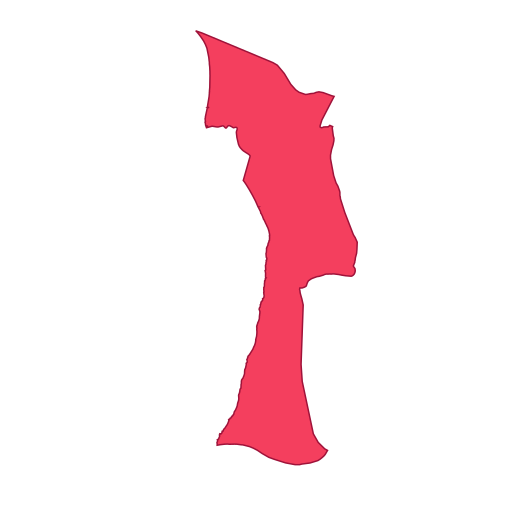 Khanfar, Abyan, Yemen, rotated 110°
{"feature_id": "15242507B88266569428979", "entity_name": "Khanfar", "entity_type": "district", "adm_level": 2, "iso_a3": "YEM", "parent_name": "Yemen", "parent_adm1": "Abyan", "projection": "robinson", "projection_center": [45.813, 13.334], "detail": "fine", "context": "isolated", "style": "filled", "palette": "rose", "viewbox_px": 512, "rotation_deg": 110, "n_neighbors": 0, "source": "geoboundaries", "source_scale": "gbopen_adm2", "svg_char_len": 5924}
<svg xmlns="http://www.w3.org/2000/svg" viewBox="0 0 512 512"><g transform="rotate(110 256 256)"><path d="M189.4,293.8L190.3,292.3L192.5,289.3L196.0,284.9L200.1,280.1L204.4,275.4L207.2,272.7L209.1,270.9L209.0,270.4L209.2,270.6L209.4,270.5L212.7,267.0L214.2,266.1L214.4,265.6L216.4,263.5L217.9,262.3L218.2,261.9L218.8,261.6L219.0,261.1L220.9,259.1L221.9,258.2L223.6,256.3L223.8,256.3L224.1,256.0L224.2,255.8L225.9,254.1L228.3,252.3L230.9,250.7L232.1,250.2L232.3,250.1L232.5,250.3L233.6,249.7L236.7,248.7L237.2,249.0L237.8,248.8L239.2,248.8L240.0,248.9L242.1,248.5L243.1,248.7L244.6,248.8L245.1,248.6L245.3,248.7L245.4,248.9L245.3,248.7L245.6,248.7L246.3,248.3L249.1,247.5L250.1,247.5L251.1,247.1L253.7,245.9L253.8,245.6L254.4,245.1L255.2,244.7L255.4,244.9L255.8,245.1L255.9,245.3L255.9,245.1L256.2,244.9L256.3,245.1L256.3,244.9L256.5,244.7L256.7,244.9L257.4,244.4L257.6,244.5L259.0,244.3L260.2,243.9L261.6,243.9L265.8,242.1L266.5,242.5L268.9,241.1L271.9,240.1L273.0,239.5L273.6,239.3L273.8,239.5L274.0,239.3L273.9,239.2L274.6,239.3L275.9,239.1L276.3,239.4L276.8,239.3L276.9,239.1L279.2,238.6L281.4,237.8L282.6,237.7L282.8,237.9L283.4,237.8L284.1,237.4L284.8,237.3L286.8,236.3L287.1,236.4L287.4,236.2L287.6,236.3L288.0,236.1L288.5,235.8L288.9,235.7L290.4,234.8L290.9,234.7L292.4,234.4L293.3,234.7L293.4,234.9L293.9,235.2L294.2,235.0L295.1,234.7L295.7,234.7L296.1,235.0L297.2,235.2L297.3,235.4L297.5,235.5L299.0,235.2L300.0,235.1L300.2,235.3L300.4,235.3L301.2,234.9L302.2,234.8L302.9,234.7L303.4,235.0L304.9,234.9L306.9,233.3L308.5,232.8L309.7,232.6L310.5,232.3L311.2,232.3L311.9,232.0L314.0,231.4L316.8,231.3L317.0,231.4L318.3,231.5L318.4,231.4L320.1,231.4L320.6,231.2L320.9,231.4L321.5,231.2L322.0,231.2L322.5,231.1L323.0,230.7L323.6,230.4L324.2,230.4L326.9,229.2L328.8,228.6L331.2,228.0L333.2,227.8L335.0,227.6L335.5,227.3L337.8,226.9L339.4,226.8L340.7,226.8L342.2,227.0L344.8,227.1L349.5,228.1L350.0,228.1L350.4,228.4L351.1,228.4L352.4,229.1L353.7,229.1L353.8,229.2L354.1,229.0L354.6,229.1L355.0,229.0L356.1,229.0L356.3,229.2L357.2,228.7L357.6,228.4L358.7,228.0L359.1,228.0L360.0,228.5L360.4,228.3L360.6,228.4L361.3,228.0L363.5,227.7L365.2,227.5L366.2,227.7L367.0,227.6L368.5,227.2L370.3,226.6L370.8,226.5L372.4,226.4L375.1,226.5L375.7,226.6L376.4,226.9L377.6,227.1L379.1,226.8L379.8,226.5L381.1,226.1L381.8,226.1L384.5,225.2L385.7,225.0L386.2,225.2L386.4,225.4L387.2,225.3L389.3,224.8L389.5,224.9L390.2,224.7L392.3,224.8L392.9,224.7L395.9,223.4L397.5,223.0L400.0,222.9L400.6,222.9L403.3,222.4L405.0,222.4L407.8,222.6L409.8,223.1L412.6,222.8L413.1,223.2L413.4,223.1L414.0,223.3L414.3,223.3L414.5,223.4L414.7,223.8L415.3,223.7L415.7,224.1L416.5,224.1L416.9,224.3L417.2,224.8L417.5,224.8L418.1,224.9L418.4,225.0L418.5,225.1L418.5,225.3L418.8,225.3L419.2,225.7L419.9,225.2L421.8,225.2L423.9,225.3L425.2,225.6L425.9,225.8L426.0,225.8L428.9,226.5L429.2,226.8L430.0,227.0L430.4,227.1L431.7,227.0L432.0,227.3L432.0,227.6L432.3,227.9L432.7,227.7L433.6,227.6L434.5,227.7L435.2,228.1L435.3,228.4L435.1,228.4L435.3,229.0L435.4,228.9L436.2,228.9L436.7,229.2L437.4,228.7L438.2,228.5L439.4,228.6L440.9,228.6L441.3,228.8L441.6,229.1L441.6,229.3L441.7,229.5L441.6,230.0L442.1,229.4L442.2,229.0L443.1,228.8L444.6,228.9L445.4,228.5L445.6,228.3L447.1,227.8L445.4,224.8L443.6,221.2L442.5,218.6L442.0,216.6L440.2,212.0L439.4,209.7L438.5,205.5L438.0,203.8L437.3,196.8L437.5,192.7L438.1,188.2L439.5,182.6L440.8,175.1L440.8,169.5L440.3,157.5L438.7,147.9L437.2,143.7L435.9,141.9L432.0,134.4L427.1,127.9L425.2,126.4L423.1,125.1L421.1,124.0L419.7,123.4L418.3,123.0L414.2,122.3L413.7,125.5L409.9,133.8L403.5,141.3L358.0,169.7L342.4,176.6L285.9,194.9L280.7,198.2L277.4,200.6L275.5,201.9L273.2,203.1L272.6,203.6L271.1,203.9L270.2,201.6L268.7,199.8L267.4,198.7L266.7,198.5L264.3,198.6L262.7,198.5L261.2,198.2L260.7,197.7L259.4,196.9L258.2,195.9L256.6,194.1L254.6,191.7L253.4,189.5L251.0,186.3L249.8,185.1L248.9,183.7L248.4,182.2L247.7,180.6L247.2,179.0L246.5,177.6L246.2,176.7L245.1,171.9L244.7,169.1L243.9,165.0L242.5,159.8L242.1,159.1L241.5,158.6L240.8,158.1L239.3,157.5L237.8,157.4L236.3,157.6L235.5,157.9L234.1,158.6L233.6,159.2L232.7,160.5L232.1,161.1L230.7,161.1L228.3,161.0L226.7,161.4L226.0,161.4L223.6,162.0L219.0,162.4L215.3,163.4L208.4,165.6L204.7,169.2L203.2,171.2L202.1,172.3L184.7,187.5L173.4,196.2L171.5,197.1L170.6,197.8L167.6,198.9L166.4,199.6L162.4,202.9L159.9,205.8L153.9,210.5L139.2,219.2L135.7,220.5L130.1,221.4L125.3,221.6L121.2,222.2L118.7,223.0L116.6,224.5L109.5,228.2L108.2,228.2L108.0,231.3L109.9,232.3L110.8,234.6L111.7,236.7L112.1,236.9L113.1,238.5L113.0,239.7L112.0,240.3L105.6,240.6L79.3,237.2L79.5,239.7L79.5,248.8L80.2,253.0L81.7,255.5L83.3,257.2L84.6,260.0L86.5,263.1L87.3,264.8L87.4,271.6L86.3,275.5L82.8,282.0L74.8,291.9L69.4,301.2L68.5,306.2L64.9,382.9L65.0,389.7L65.4,388.7L66.7,386.3L68.6,383.3L71.9,378.7L74.5,375.9L77.5,373.2L79.8,371.8L84.2,369.1L85.7,368.2L89.0,366.6L89.4,366.3L91.5,365.5L94.3,364.1L98.6,362.3L100.0,361.8L102.3,360.9L113.4,357.1L116.8,356.2L117.7,355.8L117.9,355.9L119.0,355.5L122.3,354.6L132.4,352.7L132.7,352.6L132.5,352.3L132.7,351.4L132.8,351.4L133.0,351.7L133.0,352.6L132.9,352.5L142.3,351.2L143.6,350.8L144.0,350.9L145.5,350.3L146.9,349.5L147.6,349.7L148.4,349.1L150.5,348.0L151.0,347.5L150.9,347.5L150.8,347.3L150.6,346.8L150.9,346.8L151.0,347.1L150.9,347.3L151.1,347.3L151.1,346.8L150.9,346.1L151.0,346.1L151.3,346.6L151.5,346.5L151.9,346.8L152.4,346.4L149.1,341.7L148.9,341.0L148.2,337.2L147.7,335.7L145.0,331.7L145.0,331.2L145.1,330.6L146.1,328.5L146.1,328.2L146.0,327.9L145.6,327.6L143.8,327.0L143.1,326.6L142.7,326.0L142.6,324.9L142.8,323.2L143.1,321.9L143.2,321.0L142.9,320.5L142.1,319.3L141.9,318.8L141.9,318.2L142.1,317.7L142.6,317.3L143.3,317.0L145.4,317.0L146.7,316.7L151.3,314.4L157.0,310.7L158.7,309.1L159.7,307.7L160.9,305.4L161.5,303.9L162.2,301.1L162.7,298.7L163.2,297.0L163.8,295.9L164.6,295.6L189.4,293.8Z" fill="#f43f5e" stroke="#9f1239" stroke-width="1.5"/></g></svg>